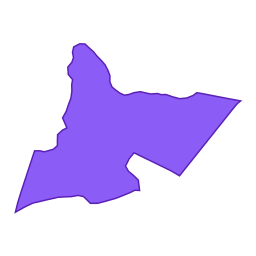 Pinheiral, Rio de Janeiro, Brazil (Albers equal-area conic projection)
{"feature_id": "56859067B78654716742693", "entity_name": "Pinheiral", "entity_type": "district", "adm_level": 2, "iso_a3": "BRA", "parent_name": "Brazil", "parent_adm1": "Rio de Janeiro", "projection": "albers", "projection_center": [-44.007, -22.538], "detail": "fine", "context": "isolated", "style": "filled", "palette": "violet", "viewbox_px": 256, "rotation_deg": 0, "n_neighbors": 0, "source": "geoboundaries", "source_scale": "gbopen_adm2", "svg_char_len": 1114}
<svg xmlns="http://www.w3.org/2000/svg" viewBox="0 0 256 256"><path d="M67.8,67.1L68.3,74.5L72.6,79.6L71.7,84.8L71.9,90.8L71.0,97.9L68.7,104.0L66.2,111.4L62.6,117.8L64.7,122.8L66.9,127.9L62.5,130.1L57.6,134.6L57.4,140.9L57.4,145.6L53.5,149.2L48.7,150.6L44.4,151.8L39.9,150.8L34.6,150.8L21.3,191.2L17.8,202.5L15.4,212.2L23.8,207.5L28.1,205.3L33.2,203.0L39.4,201.6L47.3,199.7L53.7,198.3L57.9,197.3L64.2,196.9L71.4,196.6L78.1,195.4L83.6,196.6L90.4,203.3L97.6,203.3L104.2,201.6L108.8,200.3L114.9,198.6L119.0,197.1L125.4,194.5L130.1,192.6L134.9,190.2L139.6,190.5L138.3,180.1L133.6,175.5L128.5,171.3L125.5,166.1L129.2,158.7L134.0,152.8L170.6,170.6L179.5,175.8L231.6,110.5L237.2,103.7L240.6,100.9L228.6,98.7L201.7,93.5L196.8,92.7L193.1,95.5L186.8,98.0L179.7,98.7L172.9,96.9L165.9,94.5L161.5,94.7L157.4,93.5L150.6,94.0L144.7,92.7L140.3,91.7L134.0,92.7L128.8,94.5L124.4,95.2L119.7,93.0L115.4,89.8L112.0,87.0L109.9,81.9L109.9,75.5L107.8,70.1L105.1,64.9L101.5,60.7L96.7,55.8L93.6,51.9L89.5,48.2L85.0,44.0L79.8,43.8L73.7,46.9L72.5,52.4L73.5,57.6L71.9,62.2L67.8,67.1Z" fill="#8b5cf6" stroke="#5b21b6" stroke-width="1.5"/></svg>